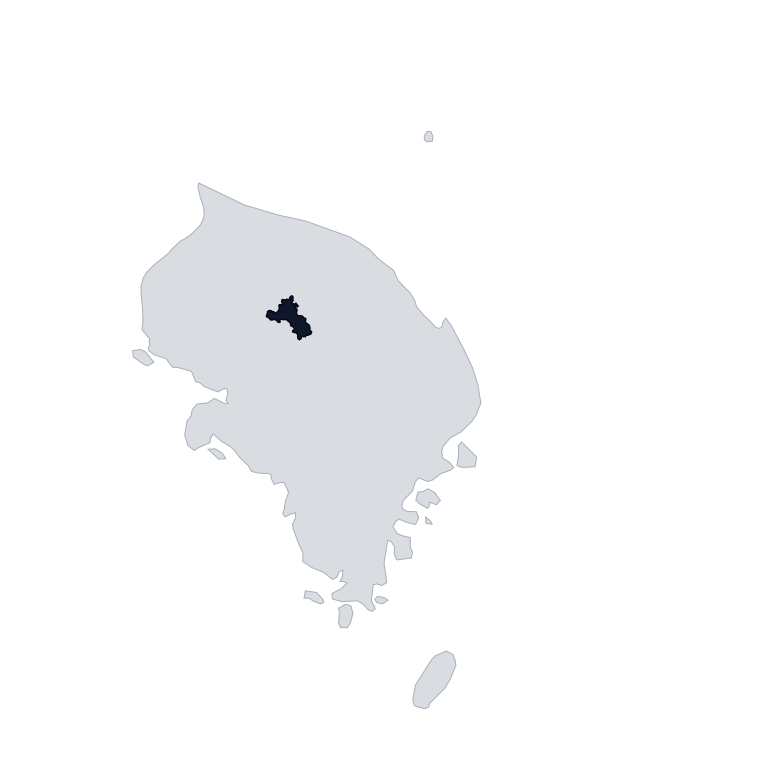 Jecheon-si, North Chungcheong, South Korea (highlighted), rotated 319°
{"feature_id": "91817680B41858032192319", "entity_name": "Jecheon-si", "entity_type": "district", "adm_level": 2, "iso_a3": "KOR", "parent_name": "South Korea", "parent_adm1": "North Chungcheong", "projection": "mercator", "projection_center": [128.142, 37.027], "detail": "fine", "context": "in_parent", "style": "filled", "palette": "ink", "viewbox_px": 768, "rotation_deg": 319, "n_neighbors": 0, "source": "geoboundaries", "source_scale": "gbopen_adm2", "svg_char_len": 5235}
<svg xmlns="http://www.w3.org/2000/svg" viewBox="0 0 768 768"><g transform="rotate(319 384 384)"><path d="M234.2,198.2L236.7,196.2L236.9,193.4L236.9,184.2L244.0,177.8L254.2,164.7L259.2,157.5L264.9,150.7L271.4,146.2L277.9,144.1L288.0,143.2L307.5,144.0L311.3,143.2L324.9,142.5L328.0,143.7L337.9,144.5L348.8,143.7L354.3,141.7L359.4,138.4L363.8,132.4L368.4,121.3L373.3,112.5L376.1,110.9L396.1,157.4L415.1,187.3L431.3,208.9L454.5,250.3L461.2,272.4L461.9,286.0L465.7,304.7L462.5,315.4L463.4,332.3L462.0,340.9L459.2,347.3L459.1,359.5L460.0,366.0L460.0,374.6L461.9,378.0L464.5,379.2L468.7,376.1L473.9,374.8L472.9,385.1L466.7,411.3L461.3,430.3L454.0,446.8L444.6,461.9L433.4,467.8L425.5,469.9L410.5,470.7L398.0,468.1L387.3,470.0L383.0,473.1L379.8,478.5L382.1,486.8L381.8,492.9L377.2,492.5L368.1,488.9L358.0,488.4L353.3,486.6L348.6,477.8L343.7,478.2L335.3,483.4L322.4,484.5L317.8,487.4L316.2,491.0L318.1,495.6L324.6,501.6L322.4,507.7L315.6,510.8L310.2,503.3L306.8,495.9L303.0,495.5L297.0,497.6L295.8,505.6L298.6,511.0L303.1,517.2L296.8,524.4L295.1,529.6L290.5,533.3L278.2,525.1L280.0,519.2L285.3,513.6L286.0,507.8L284.2,504.4L266.6,519.1L255.7,535.7L249.9,534.5L247.5,530.2L244.1,528.5L232.3,539.2L230.2,547.7L225.9,548.0L224.0,544.4L223.8,536.7L221.8,530.2L209.6,520.8L204.1,512.5L207.1,507.9L217.2,510.4L225.3,510.0L223.7,506.1L221.1,504.2L226.4,502.0L230.9,497.5L227.2,496.3L221.5,498.9L216.8,497.6L215.0,486.7L209.2,475.5L206.3,464.7L211.9,458.4L214.8,448.7L220.1,434.5L222.7,430.0L230.0,426.6L232.6,423.0L228.6,421.1L222.2,419.4L222.4,415.4L226.7,413.1L231.6,408.6L241.0,403.1L243.9,392.8L241.2,390.2L235.3,387.7L236.6,382.4L239.1,378.4L238.2,376.0L231.2,369.3L226.6,363.1L228.0,356.1L226.9,345.4L227.5,336.4L227.2,331.6L223.8,320.6L222.3,309.6L217.8,311.2L214.2,314.0L201.3,310.1L197.3,309.9L195.6,301.7L200.2,291.6L211.2,282.7L217.5,281.6L222.2,277.7L229.6,276.4L238.5,282.5L246.5,283.7L250.9,294.1L253.6,296.3L254.2,292.5L260.6,288.0L262.2,284.6L260.8,282.8L253.4,280.9L246.7,267.9L245.8,262.3L243.4,258.6L247.0,248.3L239.3,236.4L235.5,232.6L236.1,221.9L232.1,215.1L229.8,211.4L228.5,204.9L229.6,202.0L233.1,200.9L234.2,198.2ZM209.2,655.0L205.5,657.1L202.1,655.8L201.2,654.8L197.1,649.2L196.0,646.4L198.8,640.9L210.1,631.9L239.2,623.2L244.5,622.8L256.0,626.5L258.5,633.5L256.3,639.5L253.7,643.5L240.3,650.3L230.0,653.6L209.2,655.0ZM406.0,500.1L398.3,506.2L388.0,498.0L385.5,493.4L393.4,486.8L400.1,479.2L404.5,478.7L406.0,500.1ZM351.0,499.3L350.1,509.0L344.3,509.5L340.9,503.3L337.2,506.3L335.3,506.4L332.4,498.6L331.9,492.5L338.7,487.9L342.8,490.7L348.7,492.1L351.0,499.3ZM201.6,542.4L196.4,544.0L193.4,540.6L191.4,539.7L192.5,535.2L201.0,526.4L202.7,523.4L210.6,525.2L213.5,529.8L209.9,536.9L201.6,542.4ZM225.0,202.8L224.6,216.4L220.1,215.9L217.0,214.5L215.7,211.8L212.6,199.2L216.1,194.0L222.8,198.1L225.0,202.8ZM196.5,506.7L195.5,509.1L191.9,508.4L188.3,501.6L186.8,496.2L183.1,493.2L188.9,488.5L196.3,497.0L196.5,506.7ZM216.6,330.1L215.5,336.6L210.0,332.3L208.5,317.9L214.0,322.1L216.6,330.1ZM583.4,229.4L579.7,232.5L575.3,229.4L574.8,226.2L577.0,223.4L582.4,221.7L584.9,224.2L583.4,229.4ZM243.9,545.1L245.3,549.8L238.7,548.9L235.2,544.4L235.7,540.5L239.6,539.9L243.9,545.1ZM329.2,518.3L328.3,521.3L324.2,516.7L328.2,511.6L329.2,518.3Z" fill="#d9dde1" stroke="#a8b0b8" stroke-width="1"/><path d="M340.4,261.2L341.9,262.4L343.1,263.0L343.9,263.8L344.4,264.5L344.7,265.6L344.5,266.6L344.7,268.1L345.5,268.9L346.3,269.0L347.0,267.6L347.8,267.4L349.4,267.8L349.7,268.5L350.1,269.3L351.2,270.1L352.1,270.6L352.5,271.3L353.1,274.6L353.3,276.7L352.8,277.8L352.0,278.4L352.0,279.3L352.5,280.1L352.8,281.1L353.0,282.2L352.9,283.4L352.4,283.9L351.2,283.8L349.8,284.0L349.3,284.8L349.6,285.6L350.2,286.4L350.9,287.2L351.5,287.6L351.3,288.1L351.3,288.4L351.5,289.5L350.7,290.8L349.8,291.7L349.3,292.5L348.8,293.9L349.3,295.1L351.2,295.3L352.0,294.5L353.2,294.2L354.2,295.0L354.6,295.8L355.5,296.1L355.7,296.7L357.2,296.1L358.3,297.1L359.2,297.6L360.0,297.5L361.1,298.2L362.0,298.1L363.3,297.5L363.6,296.6L363.4,295.6L363.3,294.4L364.1,293.8L364.8,293.3L365.1,292.6L365.3,292.2L365.8,291.4L366.1,290.4L366.0,289.4L365.6,288.6L365.4,287.6L365.4,286.1L365.5,285.2L366.4,284.6L367.5,283.8L367.8,283.0L367.3,282.3L366.8,281.4L366.9,279.2L366.4,278.5L365.6,277.6L364.9,277.0L364.1,276.7L363.8,275.9L364.0,274.8L364.2,273.5L364.7,272.7L365.4,272.1L366.4,271.6L367.1,270.8L367.3,269.8L367.2,269.0L367.4,267.9L368.1,267.3L368.9,268.1L369.4,269.0L370.1,269.0L370.5,268.3L370.4,267.1L370.5,265.2L369.7,265.3L369.0,264.9L368.5,264.4L367.5,263.5L367.8,261.9L369.2,261.6L370.2,261.3L370.6,260.9L371.0,260.0L371.5,259.3L372.3,258.8L372.5,257.9L372.3,257.0L371.1,256.8L369.7,256.9L368.8,257.6L368.0,257.9L366.7,257.5L366.5,256.4L365.9,256.1L364.3,255.8L364.0,255.1L362.6,253.5L361.8,254.0L361.0,254.4L360.5,255.3L360.4,256.3L359.7,257.2L358.7,257.2L358.2,256.4L357.1,255.6L356.2,255.8L355.6,256.9L354.7,258.1L353.6,258.8L352.9,259.3L351.9,259.6L348.3,259.6L348.3,258.1L348.0,256.9L347.1,255.9L347.0,255.1L346.4,254.1L345.5,253.2L344.3,253.0L343.3,253.1L342.8,253.8L342.0,254.5L340.6,255.0L339.7,255.8L339.5,256.4L340.0,257.2L340.7,257.7L340.9,258.2L340.4,258.7L340.3,258.9L340.6,260.6L340.4,261.2Z" fill="#0f172a" stroke="#020617" stroke-width="1.5"/></g></svg>